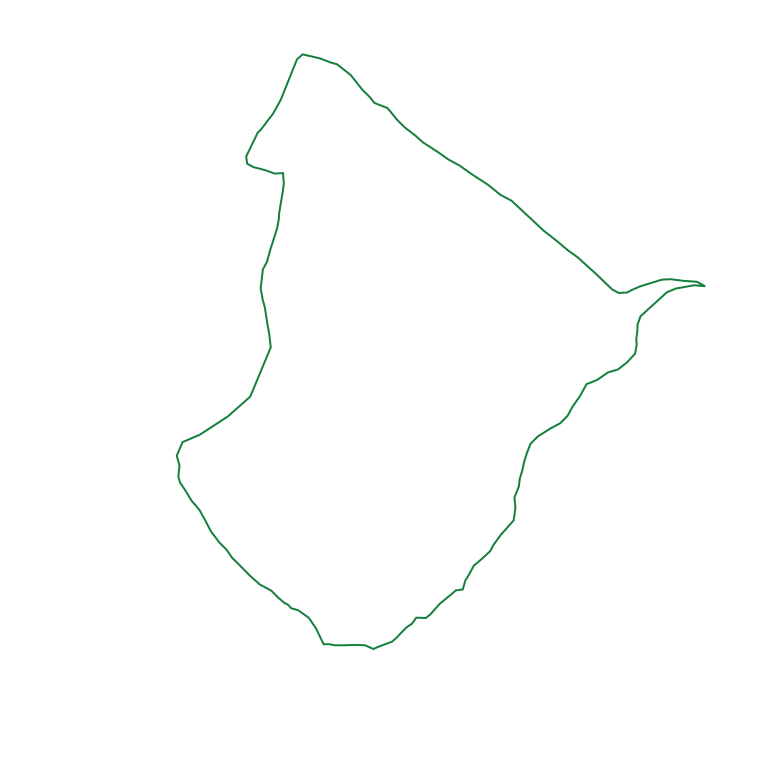 Owan West, Edo, Nigeria (orthographic projection), rotated 209°
{"feature_id": "59680162B12689851933854", "entity_name": "Owan West", "entity_type": "district", "adm_level": 2, "iso_a3": "NGA", "parent_name": "Nigeria", "parent_adm1": "Edo", "projection": "orthographic", "projection_center": [5.884, 6.933], "detail": "fine", "context": "isolated", "style": "outline", "palette": "green", "viewbox_px": 768, "rotation_deg": 209, "n_neighbors": 0, "source": "geoboundaries", "source_scale": "gbopen_adm2", "svg_char_len": 2242}
<svg xmlns="http://www.w3.org/2000/svg" viewBox="0 0 768 768"><g transform="rotate(209 384 384)"><path d="M614.9,632.9L617.5,625.8L612.1,582.5L612.1,566.3L613.5,557.4L614.9,547.1L616.3,542.6L614.8,516.1L610.4,510.3L603.3,510.4L591.8,513.4L581.7,515.0L574.6,519.5L568.8,510.7L565.9,503.4L562.7,494.4L558.6,482.8L557.8,481.2L555.8,476.9L552.9,468.1L548.5,446.1L545.6,434.3L545.5,425.5L541.2,415.2L538.3,407.9L531.1,399.1L525.3,393.2L515.2,380.1L508.0,371.3L500.8,361.1L495.1,310.3L494.9,308.1L504.8,280.0L520.5,250.4L532.0,235.5L530.8,223.6L530.5,220.8L523.3,213.5L518.9,203.2L516.6,200.9L514.6,198.9L506.0,194.5L495.9,188.7L484.4,184.4L472.9,177.2L464.3,171.4L451.3,165.6L441.3,162.7L432.7,158.4L422.6,155.6L408.2,151.3L395.3,148.4L382.4,148.6L372.3,145.7L371.3,145.5L365.2,144.3L360.9,144.4L356.5,142.9L349.4,144.5L336.5,143.1L325.0,137.3L314.9,130.1L310.5,127.1L305.9,129.8L300.4,131.6L292.2,136.2L287.6,138.9L283.0,141.7L273.9,146.3L264.8,147.1L263.0,149.5L262.0,150.8L251.9,162.8L250.0,168.4L248.1,175.8L246.2,182.3L243.4,187.8L242.4,195.3L234.0,199.6L231.7,205.1L228.8,218.4L226.1,225.3L225.3,227.3L224.6,229.1L223.0,233.1L221.2,238.2L215.5,242.5L217.7,252.1L217.3,255.3L217.3,261.1L217.4,268.5L213.0,280.3L210.1,289.2L210.2,296.5L208.8,308.3L204.5,327.5L208.9,339.2L214.9,348.0L216.4,359.8L219.4,367.2L220.9,374.5L223.9,384.8L225.4,392.2L226.9,402.5L226.7,403.0L226.3,404.7L225.8,406.5L224.0,412.8L216.7,426.1L210.9,435.0L208.0,445.3L208.1,454.1L208.1,455.6L206.7,468.8L206.8,482.1L204.4,484.9L199.5,491.0L193.7,502.8L188.2,508.3L186.9,509.6L186.4,510.2L186.1,510.9L182.0,520.5L179.1,532.3L182.1,541.1L185.1,545.5L188.0,552.9L191.0,558.8L192.5,567.6L181.0,601.5L175.1,608.9L160.5,620.8L150.5,625.2L159.9,625.1L172.8,619.1L184.2,614.6L191.4,610.1L200.0,601.2L207.2,593.7L212.9,586.3L215.7,581.9L222.3,577.8L222.9,577.4L230.1,577.3L251.7,583.0L276.1,588.7L287.6,590.0L301.9,592.8L319.2,595.6L338.2,600.4L361.2,606.1L374.1,605.9L386.1,608.1L389.9,608.7L408.6,610.0L424.0,611.7L436.9,611.6L448.4,612.9L467.1,614.2L477.1,616.5L490.1,618.4L500.2,621.3L514.6,627.0L528.5,625.2L535.7,628.1L545.7,630.9L563.0,638.1L580.2,640.9L586.0,639.4L597.5,637.8L601.2,636.8L610.2,634.2L614.9,632.9Z" fill="none" stroke="#15803d" stroke-width="2"/></g></svg>